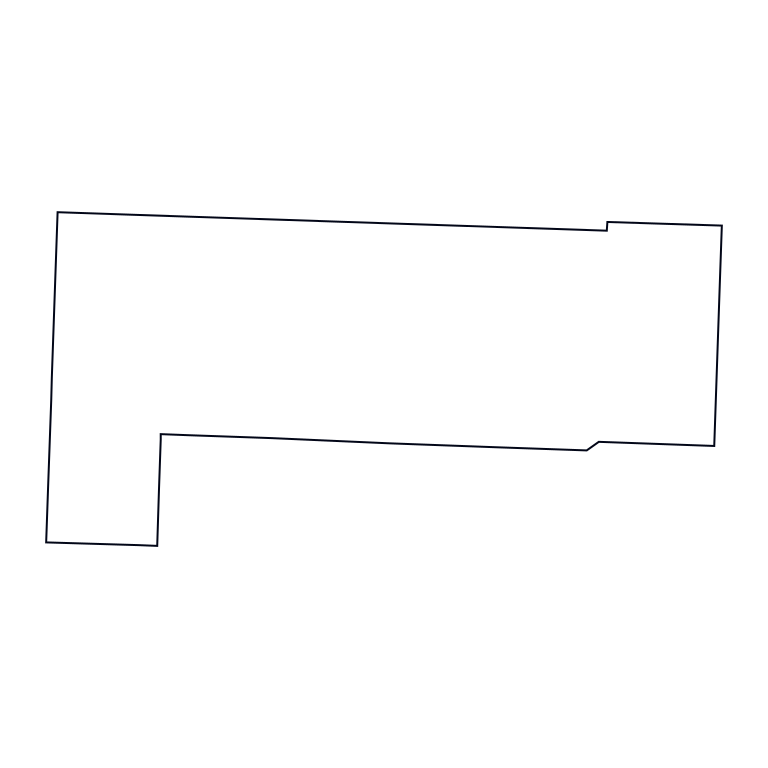 outline of Forrest, Mississippi, United States of America, rotated 272°
{"feature_id": "52423323B32098183633338", "entity_name": "Forrest", "entity_type": "district", "adm_level": 2, "iso_a3": "USA", "parent_name": "United States of America", "parent_adm1": "Mississippi", "projection": "orthographic", "projection_center": [-89.313, 31.172], "detail": "fine", "context": "isolated", "style": "outline", "palette": "ink", "viewbox_px": 768, "rotation_deg": 272, "n_neighbors": 0, "source": "geoboundaries", "source_scale": "gbopen_adm2", "svg_char_len": 459}
<svg xmlns="http://www.w3.org/2000/svg" viewBox="0 0 768 768"><g transform="rotate(272 384 384)"><path d="M213.9,51.9L214.4,144.3L214.3,163.0L270.7,162.8L320.9,162.8L326.1,162.6L326.0,190.2L326.0,273.6L324.9,391.3L324.7,497.5L324.7,588.9L333.7,600.7L333.6,716.2L488.1,716.1L518.1,716.1L554.1,716.1L553.7,601.6L545.0,601.3L544.4,164.7L544.3,51.8L378.9,51.8L356.5,52.0L270.6,51.9L265.5,51.9L213.9,51.9Z" fill="none" stroke="#020617" stroke-width="2"/></g></svg>